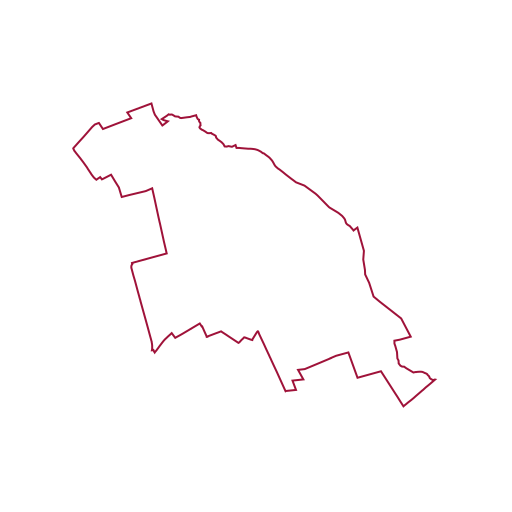 Buzau, Buzau, Romania, rotated 13°
{"feature_id": "2599482B14537956390391", "entity_name": "Buzau", "entity_type": "district", "adm_level": 2, "iso_a3": "ROU", "parent_name": "Romania", "parent_adm1": "Buzau", "projection": "mercator", "projection_center": [26.808, 45.138], "detail": "fine", "context": "isolated", "style": "outline", "palette": "rose", "viewbox_px": 512, "rotation_deg": 13, "n_neighbors": 0, "source": "geoboundaries", "source_scale": "gbopen_adm2", "svg_char_len": 5678}
<svg xmlns="http://www.w3.org/2000/svg" viewBox="0 0 512 512"><g transform="rotate(13 256 256)"><path d="M226.0,345.6L226.1,345.8L235.1,339.8L235.6,339.5L238.6,337.5L238.8,337.4L239.0,337.3L239.9,337.7L244.6,339.4L246.4,340.1L258.4,344.6L258.5,344.5L258.9,344.1L259.1,344.0L260.9,340.8L261.5,340.0L261.9,339.4L262.2,338.8L262.8,337.9L264.0,338.0L264.1,337.9L265.3,338.1L268.5,338.5L270.3,338.7L270.6,338.7L270.9,338.7L271.2,338.7L271.3,338.7L271.3,338.0L273.7,330.9L274.1,329.9L274.2,329.6L274.4,329.3L274.6,329.0L275.0,329.0L275.4,329.5L276.4,331.0L276.5,331.2L282.9,339.3L283.0,339.4L287.3,345.0L289.2,347.4L289.4,347.7L290.7,349.3L291.9,350.9L292.5,351.7L293.2,352.5L294.3,354.0L296.1,356.3L297.8,358.5L302.6,364.6L309.0,373.0L315.2,381.1L315.3,381.0L315.5,380.8L325.1,377.5L319.6,369.2L329.9,365.6L322.6,357.5L329.0,355.2L335.0,350.9L342.1,345.8L351.8,338.8L351.7,338.7L356.5,335.2L367.7,329.2L382.3,351.8L403.7,340.2L414.7,350.9L423.1,359.1L425.3,361.2L429.4,365.3L433.5,369.3L434.2,368.3L435.4,366.8L437.2,364.4L439.5,361.6L440.2,360.7L441.5,359.0L443.4,356.3L447.8,350.3L448.2,349.7L448.9,348.9L449.3,348.3L451.0,345.8L452.8,343.5L454.4,341.4L458.3,336.1L458.1,336.1L457.7,336.5L457.1,336.7L456.4,337.0L456.1,337.1L455.7,337.0L455.5,336.9L454.9,336.7L454.5,336.6L454.1,336.5L453.5,336.2L453.0,336.0L452.8,335.8L452.4,335.4L452.0,334.6L451.7,334.3L451.5,334.2L451.4,334.1L450.9,333.8L450.2,333.4L449.7,333.0L449.5,332.7L449.3,332.6L449.1,332.5L448.5,332.3L447.5,332.1L446.5,332.0L445.5,331.7L444.8,331.6L443.8,331.5L442.0,331.8L440.6,332.2L439.3,332.6L438.7,332.8L438.1,333.1L437.8,333.1L437.5,333.2L436.6,333.6L435.6,334.1L427.5,331.5L425.2,330.5L423.3,330.9L421.4,330.4L419.2,328.6L418.4,325.8L416.8,324.0L415.0,317.9L412.0,312.4L410.6,310.2L409.9,307.4L414.9,305.2L424.9,299.8L415.8,289.2L411.5,284.2L387.5,273.0L379.7,269.1L372.3,256.7L366.5,249.4L365.3,245.1L361.3,235.3L360.0,226.7L348.4,205.5L347.6,206.4L346.9,207.3L346.4,207.8L346.2,208.1L345.9,208.5L345.6,208.8L345.3,209.2L344.6,208.6L343.8,208.0L342.4,207.0L341.2,206.1L340.3,205.5L339.5,205.4L338.0,204.8L337.4,204.5L336.6,203.9L336.0,203.2L335.7,202.6L334.5,200.5L334.1,200.1L333.5,199.5L331.8,198.2L330.8,197.5L328.5,196.4L327.3,195.8L326.1,195.3L316.9,192.3L316.2,192.0L313.5,190.3L302.4,183.2L300.0,181.9L287.4,176.5L278.4,175.2L275.1,173.7L273.2,172.9L266.7,169.9L263.3,168.2L259.4,166.4L257.7,165.8L255.7,164.7L255.0,164.3L254.7,164.1L253.4,162.9L252.2,161.5L250.8,160.0L249.9,159.2L248.5,158.2L246.9,157.1L245.0,156.2L243.5,155.6L240.7,154.3L240.3,154.2L239.8,154.3L239.6,154.3L238.4,153.8L237.4,153.3L234.5,152.5L233.2,152.3L230.9,152.2L228.0,152.5L226.7,152.7L224.5,153.2L217.6,154.2L215.2,154.5L212.7,155.1L211.1,152.5L208.0,155.0L204.5,155.1L202.8,156.0L200.8,156.3L199.2,154.4L196.9,152.9L195.3,152.2L194.3,151.8L192.5,151.1L191.7,150.4L190.9,149.9L190.4,149.4L190.0,148.3L189.5,147.9L187.7,147.3L186.1,146.9L185.3,146.7L184.9,146.3L184.7,146.2L184.2,146.4L182.6,146.9L182.0,147.0L181.6,147.1L181.1,147.1L180.3,146.9L179.4,146.5L178.4,146.1L175.9,145.3L174.7,145.1L172.9,144.3L172.0,143.5L172.0,142.4L172.6,141.2L172.1,139.9L171.9,138.9L170.8,138.1L170.5,137.8L170.2,137.4L169.8,136.3L169.8,136.0L168.7,135.8L168.1,135.3L167.7,134.8L166.6,133.4L166.0,132.3L163.0,133.9L161.5,134.7L160.6,135.3L158.0,136.2L157.7,136.3L153.5,137.9L152.2,138.4L151.4,138.5L151.0,138.5L150.5,138.3L149.0,137.7L147.1,138.0L146.4,138.1L145.3,138.1L144.5,137.7L142.5,137.1L141.5,137.2L140.3,137.7L139.0,137.6L138.8,137.9L137.6,139.4L133.4,143.8L134.7,144.2L135.9,144.4L139.4,144.6L139.8,144.6L139.5,145.0L135.7,149.6L135.4,149.9L131.0,145.9L128.5,143.6L125.7,141.1L123.7,138.2L119.8,130.9L98.3,145.1L103.4,149.8L89.4,159.2L78.3,166.7L73.0,161.7L72.8,161.8L70.3,163.5L69.4,164.1L67.3,167.2L63.8,173.8L60.9,179.2L57.8,184.7L56.2,187.6L55.5,188.9L54.7,190.3L53.7,192.2L53.8,192.4L54.1,192.8L55.3,194.3L55.5,194.5L56.2,195.0L57.2,195.9L61.4,199.2L63.3,200.7L63.5,200.9L63.6,201.0L66.5,203.4L70.7,207.1L71.6,207.9L72.4,208.8L73.9,210.2L76.1,212.3L76.5,212.6L76.7,212.9L77.9,214.0L78.3,214.3L78.9,214.8L79.2,215.1L79.5,215.3L80.4,216.0L81.2,216.5L81.3,216.5L81.6,216.7L82.1,217.0L82.4,217.1L82.9,217.4L83.3,217.6L84.8,215.9L86.0,214.7L86.4,214.2L87.3,214.9L87.7,215.2L88.0,215.5L88.6,216.0L89.4,215.4L96.5,209.4L101.7,214.8L107.0,220.1L107.1,220.3L111.6,228.2L111.7,228.4L111.9,228.7L119.0,225.0L120.6,224.2L133.3,217.9L134.2,217.4L139.6,213.4L144.0,222.5L148.3,231.7L148.4,231.9L152.3,240.2L154.7,245.2L154.8,245.3L163.1,262.8L163.2,263.0L166.9,270.5L168.1,273.0L168.4,273.6L166.2,274.8L155.4,280.6L138.9,289.5L137.7,290.2L136.7,290.7L136.9,291.2L137.0,291.3L137.2,291.5L137.3,291.6L137.2,291.8L137.1,292.2L137.0,292.5L136.9,292.8L136.9,293.1L136.8,293.6L136.9,294.3L137.0,294.8L137.1,295.3L137.3,295.6L137.4,296.0L137.7,296.5L138.0,297.0L138.3,297.6L140.3,301.4L141.1,302.9L143.6,307.3L146.1,312.0L148.6,316.7L151.7,322.4L151.7,322.5L153.0,324.8L153.5,325.7L153.5,325.8L160.4,338.5L162.8,342.9L166.8,350.3L168.4,353.3L171.3,358.7L172.4,360.7L173.0,361.9L173.7,363.1L173.7,363.3L174.3,364.7L174.7,365.8L174.8,366.1L175.0,366.7L175.2,367.6L175.6,369.2L175.6,369.3L175.8,370.8L175.8,371.3L176.1,371.2L176.4,371.0L176.5,371.0L176.5,370.9L176.8,370.8L177.1,370.6L177.5,371.0L177.7,371.4L178.0,371.8L178.2,372.1L178.6,372.4L179.0,372.8L179.1,372.5L179.7,371.4L180.4,370.0L180.7,369.2L181.3,367.9L182.2,365.7L184.1,361.5L185.1,359.4L186.1,357.6L187.2,356.0L188.3,354.3L190.2,351.6L190.4,351.3L190.6,351.0L191.2,350.1L195.7,353.9L198.6,351.3L199.4,350.6L202.0,348.2L216.4,334.4L218.7,336.6L219.0,336.9L219.4,336.7L223.6,342.3L225.2,344.4L225.8,345.2L226.1,345.6L226.0,345.6Z" fill="none" stroke="#9f1239" stroke-width="2"/></g></svg>